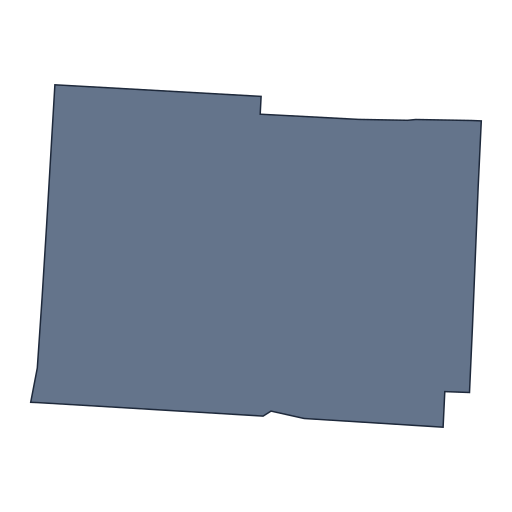 Licking, Ohio, United States of America
{"feature_id": "52423323B76437525910289", "entity_name": "Licking", "entity_type": "district", "adm_level": 2, "iso_a3": "USA", "parent_name": "United States of America", "parent_adm1": "Ohio", "projection": "natural_earth1", "projection_center": [-82.441, 40.095], "detail": "fine", "context": "isolated", "style": "filled", "palette": "slate", "viewbox_px": 512, "rotation_deg": 0, "n_neighbors": 0, "source": "geoboundaries", "source_scale": "gbopen_adm2", "svg_char_len": 388}
<svg xmlns="http://www.w3.org/2000/svg" viewBox="0 0 512 512"><path d="M271.0,411.1L304.2,418.5L443.1,427.2L444.8,391.6L469.5,392.5L472.5,326.0L478.1,188.4L481.3,120.9L471.5,120.5L415.7,119.5L407.6,120.3L358.5,119.4L260.2,114.2L261.1,96.4L54.9,84.8L46.5,227.0L42.1,297.5L37.3,368.0L30.7,402.3L38.0,402.6L263.1,416.1L271.0,411.1Z" fill="#64748b" stroke="#1e293b" stroke-width="1.5"/></svg>